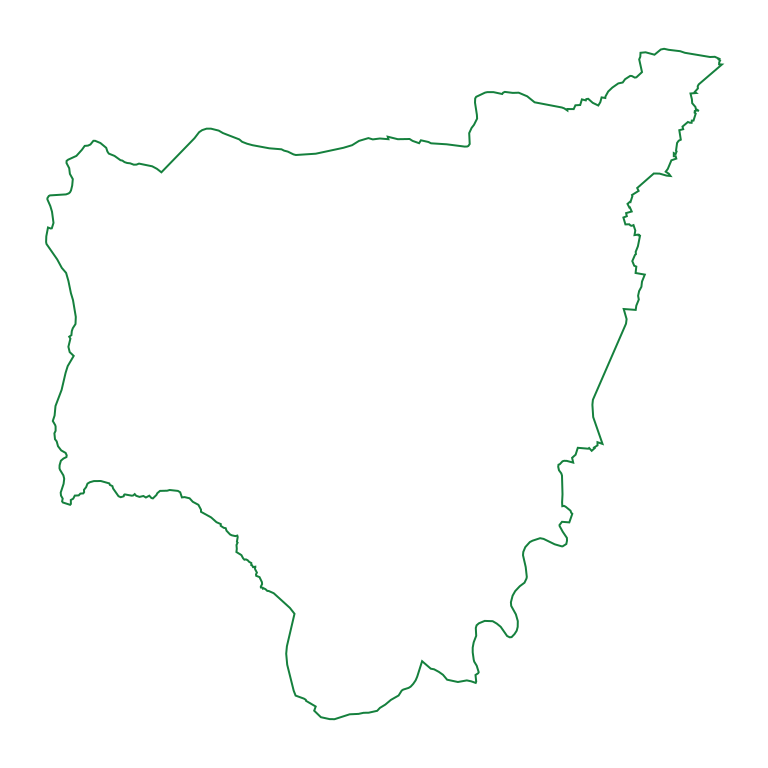 Phanom Thuan, Kanchanaburi, Thailand
{"feature_id": "78962969B66646972334810", "entity_name": "Phanom Thuan", "entity_type": "district", "adm_level": 2, "iso_a3": "THA", "parent_name": "Thailand", "parent_adm1": "Kanchanaburi", "projection": "albers", "projection_center": [99.694, 14.148], "detail": "fine", "context": "isolated", "style": "outline", "palette": "green", "viewbox_px": 768, "rotation_deg": 0, "n_neighbors": 0, "source": "geoboundaries", "source_scale": "gbopen_adm2", "svg_char_len": 5983}
<svg xmlns="http://www.w3.org/2000/svg" viewBox="0 0 768 768"><path d="M54.4,433.3L55.0,439.2L56.7,441.4L58.0,446.2L61.2,450.4L65.6,452.9L66.7,455.3L66.4,457.1L63.5,458.5L60.9,460.7L59.6,465.2L59.5,468.3L60.0,469.8L63.4,475.4L64.2,478.8L63.6,483.8L60.7,492.6L61.0,495.6L62.7,498.6L62.1,501.4L62.9,502.5L70.1,504.8L70.9,503.9L70.8,500.0L73.2,498.7L74.8,495.6L78.7,495.4L80.4,493.6L83.3,493.4L84.1,492.2L84.0,489.8L86.1,487.2L87.5,483.6L89.9,482.2L93.8,481.1L100.8,481.0L109.3,483.4L109.9,484.9L112.4,486.1L113.1,488.5L118.5,496.2L120.7,497.2L123.7,496.3L124.2,494.7L124.8,494.4L131.9,495.7L133.3,495.4L134.7,494.1L136.2,495.8L139.5,496.9L143.4,496.0L145.9,497.5L149.3,495.7L151.4,498.0L152.9,498.4L156.4,495.0L157.3,493.2L160.0,490.9L167.2,490.7L169.7,490.0L177.9,490.9L180.2,492.3L181.9,497.4L184.6,497.1L189.6,498.3L192.8,501.8L198.4,504.8L201.0,509.7L201.0,511.8L211.1,517.4L216.5,522.2L220.8,524.1L220.7,525.8L223.7,527.8L225.7,528.2L226.5,530.7L230.1,534.5L231.8,535.3L235.4,536.1L237.3,535.6L237.7,537.0L236.9,541.8L237.6,542.6L236.5,545.0L236.8,548.9L236.4,552.0L241.4,555.1L243.1,558.3L244.4,559.7L245.9,559.4L247.6,560.2L249.2,561.9L251.3,563.0L251.3,565.1L252.1,565.3L253.0,567.1L255.3,566.7L255.3,567.3L254.7,567.7L255.2,569.4L256.9,572.6L256.0,574.4L256.2,575.8L259.5,577.1L261.9,582.1L262.1,584.1L260.8,586.6L260.9,587.5L262.6,587.7L263.0,588.7L263.7,588.3L265.5,589.2L267.3,590.9L268.7,591.0L273.7,593.2L289.9,607.9L294.5,613.8L286.9,646.3L286.2,653.7L287.2,664.7L293.7,690.7L295.6,695.6L303.9,698.6L305.8,699.8L306.1,700.9L315.7,706.5L314.2,710.7L320.9,717.2L329.6,719.1L334.5,719.2L349.7,714.3L358.5,713.9L363.6,712.8L368.7,712.7L377.2,710.8L379.9,707.9L385.3,704.6L390.9,699.9L398.6,695.5L401.7,690.6L403.2,689.6L408.6,687.9L410.7,686.6L413.2,683.9L415.6,680.4L417.2,676.7L422.1,661.2L430.8,668.7L434.1,669.3L438.9,671.9L443.0,674.8L447.1,679.7L457.9,682.0L466.8,680.4L471.1,681.3L475.7,682.9L476.2,681.6L475.5,675.0L478.2,673.2L478.7,672.2L476.7,665.7L474.2,661.6L473.7,659.6L472.7,652.3L472.7,647.6L473.7,642.3L476.2,635.8L475.8,628.0L476.6,625.3L478.9,623.3L484.7,620.9L492.7,621.2L496.8,623.6L500.7,626.8L507.1,636.0L509.7,637.3L511.6,637.1L514.5,634.1L516.7,630.7L517.7,626.9L517.8,621.1L515.9,614.4L511.2,605.9L510.9,602.3L512.6,595.7L515.2,591.1L519.8,586.2L524.5,582.7L526.5,578.5L526.8,576.9L525.7,567.0L523.0,555.2L523.3,551.9L525.3,547.1L529.8,542.1L532.5,540.7L540.1,538.2L543.6,538.9L554.7,544.3L561.6,546.3L562.7,546.3L566.3,544.0L567.0,540.7L566.9,537.9L562.7,531.7L559.6,526.0L559.5,525.0L562.0,521.8L569.3,522.4L572.3,513.8L571.2,512.7L570.5,510.7L565.6,506.7L564.0,505.9L562.3,506.2L562.1,502.4L562.5,494.3L562.0,475.6L561.3,473.4L559.0,470.3L558.2,466.8L558.5,464.7L559.8,464.2L562.5,461.3L564.2,460.8L566.8,460.9L573.2,462.6L572.1,457.8L575.6,454.7L577.8,447.8L588.3,448.7L589.1,448.0L591.7,450.8L594.7,448.1L594.1,447.5L597.5,445.4L597.5,442.2L602.5,443.9L593.2,417.1L592.4,404.8L592.9,399.8L626.0,323.7L626.6,319.1L623.7,309.0L635.7,309.9L636.3,305.7L638.8,299.5L638.1,295.8L639.1,291.1L641.4,286.8L642.0,281.6L644.8,274.6L635.6,273.0L636.3,266.6L634.2,265.7L632.3,261.1L635.0,254.9L635.9,254.2L635.7,251.8L637.9,246.3L640.0,235.8L638.8,235.5L639.0,234.8L638.2,234.6L634.5,235.1L635.3,230.5L633.5,225.1L631.8,225.8L630.5,225.5L629.3,224.3L625.4,224.4L623.4,217.5L626.8,216.2L626.1,213.1L631.7,211.5L629.9,207.4L629.4,207.6L627.5,203.9L630.0,201.7L630.5,202.0L632.4,196.1L632.0,195.0L638.6,190.9L637.2,188.0L653.8,173.5L659.5,173.6L666.5,175.6L670.5,176.0L668.9,173.8L665.7,171.7L667.8,168.9L671.4,160.3L676.3,158.6L675.7,156.4L673.8,156.2L673.8,153.1L675.6,154.1L676.6,151.4L676.0,150.8L677.1,142.9L678.7,140.7L680.8,139.7L679.3,130.2L683.2,129.2L682.5,126.6L687.9,122.0L689.8,122.7L691.6,122.8L691.8,120.6L693.5,120.6L695.7,113.6L694.6,112.7L694.8,111.2L695.3,111.4L696.0,110.2L698.9,110.9L695.9,109.0L695.4,106.9L692.2,103.2L691.9,99.3L690.5,93.5L696.2,93.0L694.8,91.9L697.9,88.4L697.7,86.3L698.7,84.4L721.9,64.5L719.1,64.3L719.2,62.3L720.1,60.4L718.7,59.5L719.3,58.8L714.8,56.8L710.0,57.0L684.9,52.8L680.2,51.2L668.6,49.8L664.1,48.8L660.8,49.5L654.5,54.7L645.6,52.3L640.5,52.8L640.3,56.7L639.2,59.4L642.0,72.1L636.4,77.3L634.8,77.6L631.8,76.0L630.2,75.9L625.1,79.2L622.7,82.5L618.3,83.4L612.3,87.6L608.2,91.5L605.5,96.4L605.3,98.0L601.6,97.4L600.3,102.2L598.3,105.5L592.7,102.8L588.2,98.8L586.3,99.1L585.8,100.4L581.9,99.4L580.2,105.0L575.4,105.3L573.7,109.1L567.4,109.0L567.4,110.5L564.3,108.4L561.9,107.5L534.6,102.3L527.2,96.3L518.7,92.7L512.8,92.9L504.8,91.9L503.1,92.7L502.2,94.0L493.3,92.1L487.5,92.1L485.1,92.6L476.2,96.8L475.2,98.4L475.0,102.6L476.9,114.9L477.1,118.6L474.0,124.8L471.6,127.9L469.2,133.1L469.7,144.0L468.3,146.0L467.2,146.5L464.7,146.6L446.7,144.3L431.0,143.3L428.5,142.0L420.9,140.3L419.1,143.2L412.6,140.9L409.6,139.0L397.8,139.2L387.7,136.7L388.4,139.2L379.9,138.5L372.8,139.4L368.4,138.1L359.0,140.9L352.1,145.2L343.4,147.8L315.8,153.7L295.9,155.0L293.5,154.4L287.8,151.6L284.0,150.6L281.5,149.3L269.3,148.3L252.5,145.2L247.0,143.7L242.1,141.8L239.3,139.4L223.0,133.1L218.7,130.6L211.1,128.7L206.5,128.7L202.2,130.1L199.1,132.2L194.5,138.2L161.4,172.3L156.9,168.8L152.2,166.3L139.0,163.6L136.5,164.6L133.8,164.7L130.1,163.3L127.2,163.0L124.5,162.1L122.4,160.6L120.5,160.2L114.5,155.9L108.8,153.6L107.4,151.5L106.2,147.8L100.4,143.0L95.1,140.8L93.4,140.8L90.4,144.5L88.0,145.6L84.7,145.9L81.9,149.8L76.4,155.9L68.1,159.7L66.6,160.9L66.5,163.0L69.2,168.2L69.9,173.9L72.8,179.1L72.2,185.5L71.0,190.4L70.0,192.3L68.7,193.4L66.0,194.4L50.0,195.4L48.8,196.0L47.4,198.2L47.4,199.4L50.3,206.0L52.0,211.7L53.5,222.9L51.8,228.3L50.7,228.5L48.0,227.5L46.3,236.3L46.1,242.0L46.5,244.0L57.2,259.4L61.8,267.9L66.1,272.9L68.4,280.9L70.9,293.1L73.0,300.1L75.8,316.9L75.5,324.0L72.8,328.2L71.8,331.1L71.4,335.2L69.2,336.7L70.4,338.6L68.4,346.8L69.7,352.1L73.7,355.9L67.7,366.1L65.6,372.8L61.6,389.9L55.5,406.0L54.6,415.5L52.8,421.0L55.2,425.1L55.6,426.5L55.6,430.8L54.4,433.3Z" fill="none" stroke="#15803d" stroke-width="2"/></svg>